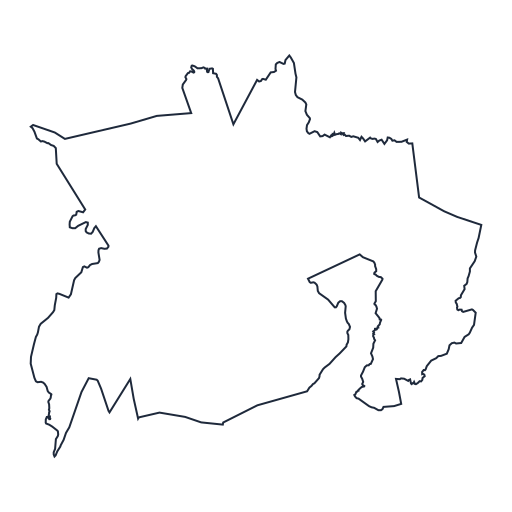 Cuautepec, Guerrero, Mexico
{"feature_id": "50627088B24932390354910", "entity_name": "Cuautepec", "entity_type": "district", "adm_level": 2, "iso_a3": "MEX", "parent_name": "Mexico", "parent_adm1": "Guerrero", "projection": "equal_earth", "projection_center": [-98.954, 16.72], "detail": "fine", "context": "isolated", "style": "outline", "palette": "slate", "viewbox_px": 512, "rotation_deg": 0, "n_neighbors": 0, "source": "geoboundaries", "source_scale": "gbopen_adm2", "svg_char_len": 5931}
<svg xmlns="http://www.w3.org/2000/svg" viewBox="0 0 512 512"><path d="M33.1,125.0L30.8,126.7L32.5,128.1L34.4,131.6L36.9,138.5L38.4,139.3L40.9,141.5L42.4,141.1L44.4,141.6L47.4,143.2L48.4,143.1L51.0,145.0L53.7,145.9L55.8,148.1L56.7,163.8L85.2,209.5L83.1,212.3L78.4,211.0L76.7,211.8L76.2,214.7L74.9,215.4L73.5,215.5L72.6,216.2L69.8,221.7L69.6,224.5L69.8,227.3L72.4,228.2L75.2,228.2L78.2,225.8L85.8,222.1L87.8,222.6L87.8,224.9L85.7,229.0L85.7,231.1L86.6,232.4L88.8,233.5L91.1,233.7L92.7,231.9L94.3,228.1L95.9,226.2L108.5,245.7L108.4,246.8L106.9,248.6L104.4,248.8L101.2,248.1L99.1,248.7L98.5,250.2L98.4,252.5L99.6,259.9L98.9,261.8L97.8,263.1L92.1,264.0L90.1,265.0L88.3,267.2L87.0,267.7L84.3,266.4L82.9,267.1L81.3,272.3L75.3,278.0L74.1,280.2L70.9,294.3L68.6,297.6L59.5,293.9L57.5,293.4L56.4,294.1L56.2,297.8L54.8,305.2L54.3,310.1L53.0,312.2L48.0,317.9L40.7,323.8L39.0,326.7L37.9,332.4L37.2,334.6L35.9,336.9L34.0,344.0L31.0,356.8L30.7,363.7L34.4,377.8L35.9,381.3L37.5,382.2L41.1,381.8L43.2,382.6L44.7,384.0L46.6,386.9L47.7,391.0L48.8,392.5L51.3,394.2L51.4,394.7L51.0,395.2L50.7,397.7L50.3,398.7L48.6,400.8L48.3,401.9L49.1,404.3L49.3,408.2L48.9,409.8L49.5,410.8L49.6,411.7L49.1,412.2L49.1,413.3L48.6,415.7L48.7,416.2L49.9,416.4L49.8,417.5L50.3,418.7L50.1,419.1L49.3,419.2L48.1,417.5L47.5,417.0L46.8,417.0L45.8,419.4L45.7,422.6L46.1,423.5L49.2,424.7L52.1,426.5L57.1,430.4L57.9,431.3L58.2,434.5L57.8,436.1L55.9,439.1L55.1,448.9L53.7,452.3L53.7,454.4L54.5,456.5L55.6,455.4L57.3,451.3L60.3,446.6L60.7,445.3L63.6,439.9L66.0,432.9L69.3,427.3L81.5,392.0L88.7,378.2L96.6,379.7L97.7,380.7L101.1,388.7L108.5,410.8L109.5,412.4L130.3,379.0L133.7,398.8L138.1,418.6L138.8,417.4L159.5,412.6L185.1,416.9L201.2,422.4L222.8,424.6L223.2,422.5L257.4,405.3L307.1,391.3L309.4,387.6L311.5,385.9L312.9,384.1L314.4,383.3L319.0,378.1L319.5,376.4L319.6,374.7L323.0,369.2L324.7,367.5L329.5,363.9L335.6,357.1L339.6,353.5L346.4,346.4L346.6,344.7L347.9,342.4L348.4,339.2L348.3,335.0L347.4,333.2L347.3,331.9L347.8,330.8L349.4,329.3L350.0,326.9L348.8,324.0L347.7,322.9L346.9,321.4L345.9,318.6L345.1,312.8L345.7,306.2L345.3,304.9L344.1,302.9L341.9,301.2L340.1,301.2L338.3,302.7L336.7,306.4L335.9,307.3L334.7,307.3L328.1,299.6L319.1,293.2L317.8,290.9L317.4,286.5L316.6,284.6L314.6,282.7L313.4,282.3L310.8,282.8L309.7,282.1L308.0,278.7L359.7,254.4L362.9,257.2L373.3,261.4L374.3,262.6L375.1,264.6L375.1,266.1L376.2,269.2L376.2,271.2L374.5,272.6L374.2,273.5L374.3,274.1L375.7,274.6L376.7,275.7L378.9,276.9L380.8,277.1L382.5,278.7L382.4,279.6L375.7,291.2L375.8,301.2L374.4,303.6L374.6,304.4L375.6,305.0L376.4,306.5L377.0,308.7L375.6,313.2L379.4,317.9L379.7,319.4L380.8,319.4L381.2,319.9L380.0,322.7L379.7,324.4L378.1,326.0L378.3,327.4L377.5,327.4L377.4,328.4L376.7,329.3L376.2,328.7L375.0,328.8L374.9,330.2L373.2,331.4L374.0,332.5L373.3,333.4L374.1,334.2L373.2,334.9L373.2,336.4L373.9,337.5L374.2,339.0L375.1,340.3L373.4,343.7L373.2,347.7L371.0,353.3L372.4,356.5L373.0,359.1L370.8,363.9L369.6,364.1L368.7,365.3L366.8,365.4L364.8,367.2L363.0,371.7L361.0,375.5L361.0,376.6L362.2,378.8L363.2,381.9L362.2,384.0L362.7,385.0L364.3,386.0L364.2,386.4L361.7,387.0L360.5,388.0L358.7,389.7L358.5,390.7L357.8,390.7L357.3,391.6L356.4,391.8L355.3,394.4L354.3,395.0L355.0,396.4L356.6,398.2L358.5,398.6L369.1,406.2L371.6,407.3L374.1,407.8L378.4,410.2L381.0,410.2L382.5,409.1L383.5,406.9L394.1,406.1L401.2,403.9L398.9,391.7L396.0,378.9L399.8,379.2L401.0,378.4L404.1,378.7L408.2,380.9L408.8,380.0L410.1,379.4L411.0,383.5L411.7,384.1L412.5,383.2L413.6,382.9L414.1,381.9L414.5,382.8L414.5,383.8L415.9,384.2L417.8,383.0L419.6,381.2L421.1,381.4L422.3,379.9L422.6,377.9L424.7,376.2L424.3,374.6L422.9,373.8L422.2,374.1L422.1,372.0L423.7,370.0L424.9,370.2L425.6,369.4L426.8,366.1L431.2,360.6L436.2,358.2L438.3,356.1L441.0,355.9L446.8,353.7L448.7,349.2L449.5,345.3L451.8,343.2L454.4,342.6L456.1,343.5L461.2,343.0L464.6,336.9L468.7,334.3L469.8,332.7L472.1,327.6L474.0,324.9L475.7,312.7L472.9,309.9L471.9,309.4L463.2,311.9L462.0,311.2L461.6,309.7L459.6,309.6L458.4,310.2L457.3,309.5L457.0,307.5L457.4,306.7L456.7,303.8L455.8,302.5L455.6,300.8L458.6,298.3L460.1,297.9L460.8,297.1L460.9,295.3L464.6,289.1L464.2,285.8L466.6,283.9L467.3,282.1L467.6,278.4L468.6,276.1L469.9,271.5L469.9,268.4L474.7,261.2L476.3,256.6L475.0,252.5L475.1,250.3L477.1,242.5L478.6,238.0L481.3,224.9L457.4,217.0L444.2,211.3L419.1,197.5L412.3,143.4L408.8,143.6L406.7,141.9L407.1,139.6L401.5,141.8L396.6,141.9L394.5,140.3L392.4,140.7L391.3,138.9L389.3,137.7L387.7,137.5L387.1,140.3L384.4,143.9L381.6,139.7L379.2,140.6L377.6,142.0L375.9,139.0L374.6,138.6L372.4,138.9L370.2,138.1L370.0,137.7L365.1,141.4L363.2,138.6L361.5,136.8L360.0,140.0L358.3,137.8L353.3,136.3L351.3,136.9L349.1,135.7L346.0,136.0L344.5,134.4L343.7,135.0L342.7,133.9L343.2,133.2L342.0,133.3L341.1,132.7L340.9,134.2L339.2,133.3L338.2,134.0L336.8,134.1L335.0,134.8L334.3,132.8L333.5,134.7L332.7,134.2L332.5,135.9L331.8,136.2L331.2,135.4L329.9,137.3L324.6,134.6L322.6,136.1L320.2,136.4L317.3,132.1L314.6,131.2L309.5,133.8L308.3,133.1L306.9,131.3L306.5,128.7L307.0,125.1L308.8,122.3L310.0,119.1L309.8,118.1L306.9,114.8L305.4,111.1L306.3,104.5L305.4,102.5L302.3,99.6L297.5,97.2L295.8,95.0L295.0,92.0L296.4,77.4L295.5,73.7L293.9,63.0L290.8,57.5L289.3,55.5L285.5,60.0L284.7,63.6L283.5,63.9L279.5,62.0L277.3,62.9L275.8,64.4L275.5,68.9L276.0,70.7L274.0,72.0L270.7,72.4L265.8,79.7L263.0,78.9L262.2,79.1L260.9,81.0L259.1,81.5L257.1,79.9L233.4,124.3L218.1,78.3L216.9,76.8L216.9,75.0L216.1,73.8L213.1,73.2L212.9,68.8L212.1,68.4L209.5,68.8L208.4,72.1L207.7,72.2L207.2,71.9L206.9,70.9L207.1,68.6L205.2,68.7L204.7,67.9L203.4,67.4L201.4,68.2L197.5,68.3L194.7,66.3L192.4,65.5L191.7,65.7L191.2,67.4L192.1,69.1L193.8,70.6L194.3,71.8L194.2,72.3L193.5,72.6L191.5,71.5L190.1,71.3L189.1,72.8L187.9,73.1L185.6,76.2L185.4,77.2L186.4,79.1L186.0,80.1L182.8,84.5L182.3,87.9L191.2,113.1L156.8,115.9L130.6,123.6L64.9,138.9L54.8,132.5L33.1,125.0Z" fill="none" stroke="#1e293b" stroke-width="2"/></svg>